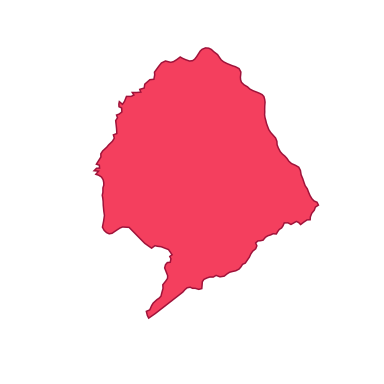 Santa Tereza do Tocantins, Tocantins, Brazil (orthographic projection), rotated 126°
{"feature_id": "56859067B62208923479169", "entity_name": "Santa Tereza do Tocantins", "entity_type": "district", "adm_level": 2, "iso_a3": "BRA", "parent_name": "Brazil", "parent_adm1": "Tocantins", "projection": "orthographic", "projection_center": [-47.736, -10.292], "detail": "fine", "context": "isolated", "style": "filled", "palette": "rose", "viewbox_px": 384, "rotation_deg": 126, "n_neighbors": 0, "source": "geoboundaries", "source_scale": "gbopen_adm2", "svg_char_len": 2913}
<svg xmlns="http://www.w3.org/2000/svg" viewBox="0 0 384 384"><g transform="rotate(126 192 192)"><path d="M319.5,152.9L311.7,150.2L278.4,140.6L275.0,140.3L272.3,139.6L270.1,137.5L269.6,135.0L268.0,132.7L266.8,129.3L264.4,127.3L261.1,129.3L258.5,130.9L255.7,131.0L252.8,129.4L250.4,127.7L248.3,124.8L245.3,123.5L244.2,119.5L241.2,116.5L237.6,115.5L234.8,114.4L232.5,112.5L230.0,110.3L226.6,108.6L223.7,108.4L220.8,108.6L218.2,107.1L215.1,107.2L211.1,107.3L207.6,108.0L204.2,108.1L200.5,107.1L197.4,107.9L195.8,110.6L192.8,109.9L191.2,108.0L189.2,106.2L185.5,106.0L182.8,104.9L180.4,103.1L178.1,101.9L176.4,99.1L173.6,99.4L171.1,99.4L168.4,98.4L165.9,98.5L162.8,99.2L160.5,96.2L160.1,92.9L157.9,91.8L154.5,90.3L154.0,87.8L154.5,85.0L150.8,83.9L146.9,82.5L145.0,80.1L142.6,81.6L138.9,82.6L134.8,82.4L131.7,83.3L128.3,82.0L126.8,84.8L127.5,88.0L127.0,90.9L125.6,94.3L123.7,97.5L121.6,100.7L120.4,104.2L118.4,107.1L116.1,110.3L113.9,113.9L110.8,117.0L109.2,120.2L109.6,124.0L110.5,128.2L110.2,131.7L109.0,135.0L108.4,138.0L108.2,141.2L107.5,144.3L105.6,148.1L103.8,150.9L101.1,153.1L99.2,156.1L98.4,159.7L97.6,163.4L96.4,166.5L94.4,169.6L92.7,172.1L90.8,174.3L88.8,176.8L86.8,178.7L84.5,180.2L82.4,181.8L79.8,183.6L76.4,185.7L74.3,187.7L72.5,190.0L72.0,192.5L72.4,195.2L73.1,198.1L74.2,202.2L74.7,205.7L74.3,208.9L74.7,212.9L74.2,216.4L72.7,218.6L70.7,220.3L68.6,221.5L66.2,223.0L64.5,226.5L65.1,230.5L66.1,233.5L66.7,235.9L67.5,239.2L68.1,243.0L68.0,245.9L67.1,248.6L65.8,252.1L65.7,256.9L65.3,260.1L65.8,263.0L67.5,265.8L70.6,267.7L73.1,268.2L76.4,268.0L79.8,267.8L83.0,267.9L85.4,268.7L87.5,271.0L88.7,274.9L89.4,278.2L89.7,280.9L93.7,282.1L97.4,283.6L99.6,285.4L101.6,290.5L105.6,292.6L109.6,292.8L113.1,292.8L117.1,292.8L119.2,291.0L123.2,289.1L125.9,292.1L132.5,293.6L136.0,291.8L139.7,294.6L141.3,292.1L144.3,295.6L146.6,298.8L147.7,296.0L150.4,297.4L153.2,301.2L158.3,299.9L161.9,299.8L161.6,303.9L163.8,302.9L165.9,301.2L165.4,298.3L168.5,295.8L171.7,296.7L174.1,298.3L175.7,295.9L179.1,295.7L182.5,292.6L185.3,290.1L188.9,287.2L192.0,289.2L194.1,286.5L197.7,286.2L202.8,287.1L205.8,287.3L211.3,288.4L214.7,288.2L217.2,286.3L225.7,285.7L224.8,282.7L227.0,280.8L228.9,283.2L232.3,283.7L230.1,279.9L234.2,280.2L233.3,277.4L233.1,274.0L234.3,271.1L236.2,269.0L238.3,267.4L241.0,266.5L244.6,263.9L247.4,262.7L249.4,260.6L251.9,258.3L254.9,256.0L259.0,252.4L262.5,249.0L267.7,246.3L273.1,243.8L274.7,240.5L275.1,237.3L274.5,234.4L272.4,232.4L266.3,230.2L263.3,229.0L261.1,227.6L257.6,222.1L261.3,200.1L261.2,191.7L257.2,190.4L256.1,187.8L254.4,184.8L252.4,177.2L253.5,173.9L254.5,171.2L257.2,172.1L258.4,169.8L261.6,168.3L263.6,170.5L266.4,170.7L269.5,169.5L272.2,165.3L274.0,162.5L276.3,161.0L279.3,160.9L284.2,161.1L287.0,158.8L292.0,156.9L294.4,155.9L296.8,156.1L299.7,157.1L304.6,158.1L307.5,157.9L312.2,156.9L315.4,158.8L318.1,155.6L319.5,152.9Z" fill="#f43f5e" stroke="#9f1239" stroke-width="1.5"/></g></svg>